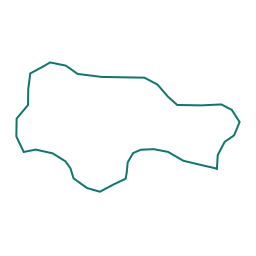 Mullsjö, Västra Götaland, Sweden, rotated 271°
{"feature_id": "70781695B30148016618551", "entity_name": "Mullsjö", "entity_type": "district", "adm_level": 2, "iso_a3": "SWE", "parent_name": "Sweden", "parent_adm1": "Västra Götaland", "projection": "mercator", "projection_center": [13.852, 57.962], "detail": "fine", "context": "isolated", "style": "outline", "palette": "teal", "viewbox_px": 256, "rotation_deg": 271, "n_neighbors": 0, "source": "geoboundaries", "source_scale": "gbopen_adm2", "svg_char_len": 674}
<svg xmlns="http://www.w3.org/2000/svg" viewBox="0 0 256 256"><g transform="rotate(271 128 128)"><path d="M192.2,49.0L188.5,42.9L180.8,29.3L165.4,27.6L149.2,27.6L135.5,16.5L117.6,16.5L112.5,19.0L102.2,24.2L104.8,36.1L101.3,53.2L93.6,66.0L86.8,71.1L76.6,74.5L67.2,88.2L63.8,101.0L71.4,114.7L76.9,125.7L77.4,126.6L83.4,127.5L93.6,128.3L103.0,133.5L106.5,141.2L107.3,154.0L104.8,168.5L96.2,183.9L91.9,203.5L89.4,215.5L88.6,217.6L102.5,218.2L115.9,224.9L122.5,234.2L135.9,239.5L147.9,231.5L150.6,226.2L153.2,220.9L151.9,200.8L151.9,176.8L159.9,167.5L171.9,156.8L178.6,143.5L178.6,100.7L181.2,76.7L189.3,64.7L192.2,49.0Z" fill="none" stroke="#0f766e" stroke-width="2"/></g></svg>